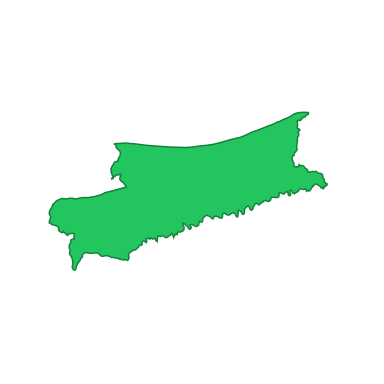 the district of Alto Paraguai, Mato Grosso, Brazil, rotated 217°
{"feature_id": "56859067B7364247848985", "entity_name": "Alto Paraguai", "entity_type": "district", "adm_level": 2, "iso_a3": "BRA", "parent_name": "Brazil", "parent_adm1": "Mato Grosso", "projection": "albers", "projection_center": [-56.682, -14.768], "detail": "fine", "context": "isolated", "style": "filled", "palette": "green", "viewbox_px": 384, "rotation_deg": 217, "n_neighbors": 0, "source": "geoboundaries", "source_scale": "gbopen_adm2", "svg_char_len": 6046}
<svg xmlns="http://www.w3.org/2000/svg" viewBox="0 0 384 384"><g transform="rotate(217 192 192)"><path d="M264.2,156.8L262.9,157.8L262.8,159.2L262.3,160.5L261.5,161.1L260.6,161.6L260.1,163.1L259.1,162.9L258.5,161.1L258.1,159.9L257.3,158.8L255.9,158.1L254.7,158.1L253.1,158.1L251.7,157.9L250.1,157.4L247.5,156.4L249.1,154.2L258.6,142.1L260.4,140.0L261.1,139.1L262.2,136.6L263.1,134.8L263.9,133.8L266.0,131.3L267.7,128.9L269.0,127.9L270.0,126.5L271.2,125.5L272.8,124.0L274.9,122.6L276.0,121.6L277.3,120.5L278.2,119.2L279.2,118.3L280.6,116.5L281.6,115.9L283.4,115.2L284.6,114.4L286.4,113.0L287.5,111.4L288.7,110.4L289.7,110.0L290.9,109.3L292.2,108.3L292.9,106.8L293.6,106.0L294.6,104.1L295.1,102.1L295.1,100.6L295.5,99.2L295.6,98.0L294.8,97.2L295.1,95.8L294.5,94.3L294.6,93.0L294.4,91.5L293.6,89.7L292.4,88.4L291.5,87.9L290.1,87.3L289.0,85.3L288.3,82.8L287.3,81.4L285.9,82.3L284.6,81.4L283.6,82.3L282.1,82.5L280.8,83.2L278.4,83.6L276.8,83.3L276.1,81.6L275.0,81.1L273.4,80.9L272.4,81.0L271.0,81.5L270.9,83.1L269.9,82.9L266.7,82.5L265.5,82.3L265.0,83.2L265.3,84.6L264.1,85.5L262.9,86.7L262.1,87.4L260.7,87.8L260.1,86.4L259.0,84.9L257.7,84.0L258.7,83.4L258.5,82.3L259.5,81.8L259.9,80.5L258.7,79.1L258.3,78.1L258.3,76.5L257.2,74.4L256.1,73.0L254.8,72.7L254.0,71.7L253.5,70.2L252.9,69.4L252.1,68.6L249.1,67.6L248.0,66.9L246.8,66.0L244.8,64.0L243.5,62.1L242.9,60.5L241.8,59.3L239.9,58.5L238.4,59.2L238.5,60.8L239.9,64.1L240.2,67.5L240.2,69.9L240.6,71.0L240.7,72.5L240.3,73.8L241.7,76.2L241.6,77.4L241.0,78.9L239.8,80.0L238.4,80.9L237.4,81.2L235.2,82.6L233.1,84.8L232.0,85.5L231.1,86.2L229.8,86.7L228.6,86.4L225.9,86.2L224.7,86.8L223.7,87.8L222.8,89.2L219.0,91.1L217.3,91.1L216.2,91.7L214.8,92.8L213.2,93.3L212.0,94.0L210.4,94.7L209.3,94.9L207.9,95.5L206.7,96.2L205.6,96.4L205.0,97.4L203.7,98.4L202.5,98.4L202.1,99.3L202.4,100.9L203.4,102.4L204.4,103.1L205.0,104.2L205.4,105.4L205.2,106.5L204.6,107.4L204.5,108.9L203.6,110.4L202.2,112.0L202.2,113.6L201.6,114.9L201.6,116.3L201.7,117.8L201.4,118.9L200.2,119.2L200.5,120.4L201.4,121.4L201.7,122.4L201.5,123.6L200.2,124.3L199.2,123.9L198.1,124.0L198.5,125.1L199.2,126.3L200.5,126.9L199.9,128.2L198.7,128.8L197.3,128.9L197.5,129.9L196.9,130.7L195.3,130.6L194.3,132.2L193.1,132.3L192.2,131.7L190.9,131.4L189.9,131.6L190.8,132.8L192.6,135.8L192.2,137.0L190.3,137.5L189.4,139.2L188.3,139.9L186.7,139.6L185.3,139.9L184.3,141.0L184.0,143.1L183.2,144.6L183.3,146.8L182.1,146.6L180.9,145.8L179.3,144.7L179.7,145.8L179.5,149.0L178.2,149.0L179.2,151.0L178.6,152.0L177.0,153.3L175.8,155.5L175.8,157.2L176.8,158.7L178.0,159.7L179.0,160.2L180.5,161.3L179.8,162.1L178.4,162.1L177.0,161.7L175.7,161.8L174.0,161.4L171.7,160.6L170.8,162.1L171.5,163.5L172.7,163.7L173.9,164.3L172.9,165.8L172.0,166.1L169.7,166.5L168.5,166.7L167.4,167.4L166.9,169.0L167.1,170.3L167.8,171.4L168.4,173.1L167.0,173.4L165.9,173.8L166.0,175.1L166.9,176.4L167.3,177.6L167.4,178.7L167.2,179.9L166.8,181.2L166.2,182.1L165.0,182.7L163.9,183.0L162.4,183.2L160.7,182.9L159.1,183.0L159.5,185.3L158.9,186.7L158.0,187.3L157.0,187.7L154.7,188.0L153.3,188.4L152.4,189.3L152.9,191.0L153.7,191.8L154.3,193.1L153.5,194.6L150.8,194.8L149.4,195.2L148.5,196.0L147.9,197.3L147.5,199.0L146.3,200.5L145.0,200.6L143.2,199.9L141.7,199.1L140.6,199.5L141.9,202.2L143.1,203.8L144.1,205.1L142.8,205.9L141.1,205.7L139.7,205.4L138.4,204.5L137.4,205.3L137.4,206.7L138.4,207.9L139.3,209.2L139.8,210.4L139.2,214.0L137.8,214.8L135.2,213.2L134.1,213.0L133.2,213.8L133.3,215.2L134.0,216.6L134.1,218.3L134.4,220.8L133.5,222.1L131.9,221.8L130.7,222.0L129.8,226.0L129.2,227.0L129.2,228.1L128.4,229.4L125.3,230.4L124.5,231.9L124.4,233.1L125.1,234.1L125.5,235.5L124.2,236.7L121.2,238.3L120.2,239.3L119.9,240.5L120.6,242.0L121.8,243.7L120.9,244.6L119.4,245.0L118.1,245.2L117.3,245.9L117.1,247.4L116.9,248.8L115.7,249.7L113.5,247.9L112.5,247.5L111.6,247.9L111.5,249.3L114.0,251.0L114.6,251.8L114.3,252.8L113.2,253.2L112.1,252.3L110.8,251.8L109.2,252.3L108.7,254.1L108.0,255.3L107.5,256.8L107.8,258.2L107.7,259.5L106.7,260.3L105.4,260.6L104.2,261.3L103.2,262.9L101.8,262.4L101.0,261.6L100.7,262.9L99.3,263.0L98.6,264.5L99.0,267.9L98.6,269.4L98.7,270.8L98.5,272.3L97.5,273.1L95.6,273.5L92.6,273.6L91.5,273.0L90.4,273.5L89.1,273.5L89.2,275.0L89.9,276.1L88.9,276.6L88.4,279.1L89.3,279.9L90.9,279.5L92.4,279.8L93.3,280.9L94.4,281.7L95.9,281.9L96.5,282.9L97.5,283.2L97.9,284.3L99.4,284.5L101.3,283.9L102.5,283.0L104.9,283.1L105.9,282.8L106.8,281.5L108.1,281.0L108.7,280.0L109.7,279.2L110.3,278.3L111.7,278.0L113.3,279.3L116.2,279.1L117.8,279.8L119.3,279.7L120.5,279.0L122.0,278.3L123.1,278.1L122.0,276.5L123.2,275.4L124.8,274.3L125.8,274.0L127.0,275.1L128.2,276.4L129.5,277.3L130.9,277.6L131.8,278.7L133.1,279.8L133.2,281.3L132.5,282.6L133.5,284.1L133.6,285.4L133.3,286.6L133.6,288.0L133.7,289.4L134.9,290.3L136.2,291.8L137.0,293.5L137.8,294.4L138.2,295.8L138.9,296.8L140.0,298.2L140.9,299.7L140.6,300.8L141.3,302.0L143.5,304.0L143.2,305.2L143.2,306.6L144.7,306.6L146.2,306.4L147.4,307.6L147.8,308.9L148.6,309.8L150.9,312.3L149.5,313.8L148.3,314.4L148.7,315.5L148.2,317.0L148.2,318.9L147.0,319.8L147.0,321.5L146.7,322.8L145.9,323.9L146.8,325.5L150.0,323.5L152.6,321.4L154.6,319.5L155.7,318.3L157.2,316.1L158.0,314.3L159.2,311.0L160.6,308.2L161.8,306.4L162.7,304.8L164.7,300.8L166.0,299.1L166.7,298.0L167.1,296.6L168.9,293.5L170.9,290.6L172.9,287.1L176.4,281.5L178.4,278.6L180.9,274.6L181.7,272.7L185.3,266.3L187.0,263.9L192.5,257.3L194.8,254.3L198.9,248.8L203.5,243.1L208.5,238.0L213.7,233.2L218.6,228.3L223.7,223.8L235.7,215.3L251.8,204.8L258.0,201.0L268.3,195.1L269.9,193.9L273.2,192.0L275.5,190.4L278.4,187.6L279.9,186.5L280.9,185.8L281.8,185.0L282.8,183.6L280.6,183.5L279.0,181.7L277.9,181.7L276.5,181.4L274.8,181.3L273.6,181.0L272.5,179.8L271.5,178.3L271.2,177.0L271.2,175.9L270.8,174.4L270.4,173.0L269.8,171.6L270.7,171.0L271.5,170.1L271.8,169.1L271.8,167.7L271.3,166.3L271.4,164.7L270.9,163.0L270.6,161.4L269.4,160.7L268.7,159.4L266.4,157.8L265.5,157.3L264.2,156.8ZM264.2,156.8L264.4,155.1L263.9,154.2L263.1,155.4L264.2,156.8Z" fill="#22c55e" stroke="#15803d" stroke-width="1.5"/></g></svg>